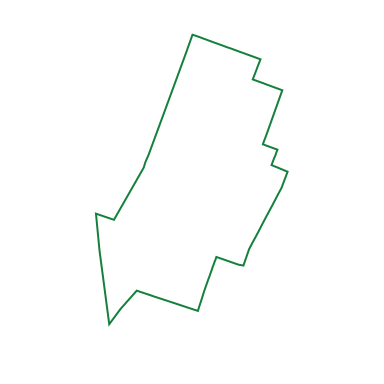 Stefan Cel Mare, Calarasi, Romania (Albers equal-area conic projection), rotated 17°
{"feature_id": "2599482B78620668788752", "entity_name": "Stefan Cel Mare", "entity_type": "district", "adm_level": 2, "iso_a3": "ROU", "parent_name": "Romania", "parent_adm1": "Calarasi", "projection": "albers", "projection_center": [27.635, 44.434], "detail": "fine", "context": "isolated", "style": "outline", "palette": "green", "viewbox_px": 384, "rotation_deg": 17, "n_neighbors": 0, "source": "geoboundaries", "source_scale": "gbopen_adm2", "svg_char_len": 1343}
<svg xmlns="http://www.w3.org/2000/svg" viewBox="0 0 384 384"><g transform="rotate(17 192 192)"><path d="M151.5,342.6L157.9,324.6L168.0,302.5L185.9,303.0L228.1,303.9L230.2,303.9L232.4,304.0L232.4,300.0L232.6,291.1L232.6,284.9L232.8,278.5L233.2,269.6L233.4,267.0L233.5,263.7L233.6,261.8L233.7,259.3L233.7,257.9L233.9,254.9L234.0,252.0L234.2,250.8L234.3,247.0L239.6,247.2L257.7,247.9L262.7,247.3L262.7,246.8L263.3,230.4L263.3,230.1L264.3,224.6L267.1,210.7L268.6,202.3L270.2,193.9L272.9,180.3L274.8,170.0L276.4,162.0L276.6,158.6L277.5,144.7L268.8,143.8L260.2,143.0L260.7,134.7L261.0,133.5L261.1,130.0L261.3,126.5L255.2,126.2L245.9,125.7L245.9,123.2L246.3,118.0L246.7,110.2L247.4,94.5L247.7,87.7L248.3,75.0L248.5,70.8L248.6,68.3L248.2,68.3L243.1,68.0L240.8,67.9L235.9,67.6L230.1,67.3L229.4,67.2L223.5,66.9L217.2,66.6L217.5,62.4L218.0,54.9L218.1,52.7L218.7,45.1L211.7,44.7L200.0,44.1L190.7,43.6L187.3,43.4L182.9,43.3L176.6,42.9L169.8,42.6L159.0,42.0L155.4,41.8L155.2,41.7L154.4,41.7L153.2,41.6L152.8,41.6L151.1,41.6L150.2,41.5L149.2,41.5L147.8,41.5L147.3,41.4L147.2,41.5L146.9,41.5L146.5,41.5L146.4,42.7L146.3,45.7L146.1,50.6L145.9,54.0L145.8,55.5L145.8,56.8L145.8,57.2L145.8,57.4L142.3,121.2L139.6,169.4L138.7,176.9L138.7,182.8L125.5,241.4L106.5,240.8L120.7,275.1L132.7,301.4L151.5,342.6Z" fill="none" stroke="#15803d" stroke-width="2"/></g></svg>